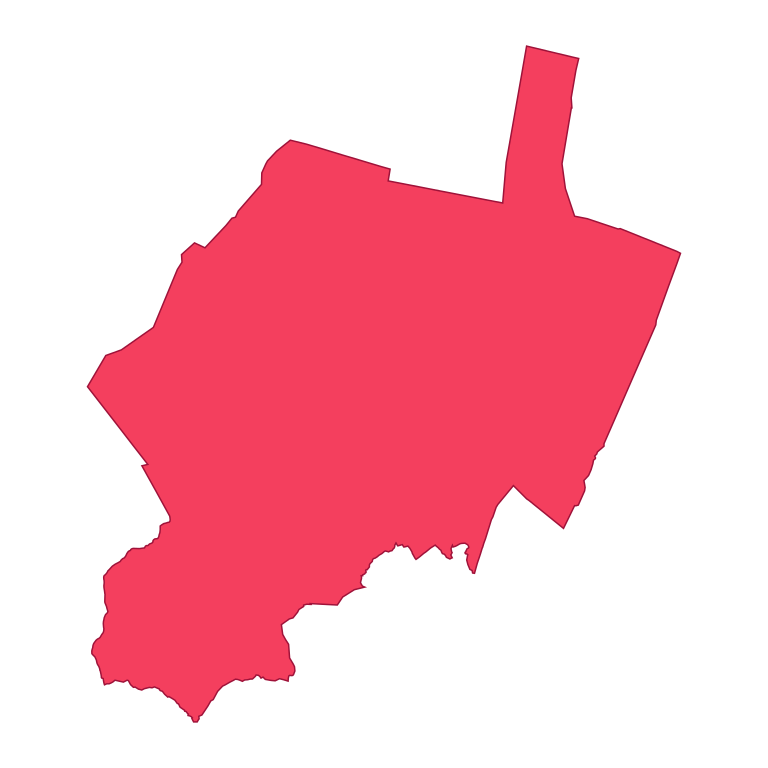 Texcaltitlán, México, Mexico (Robinson projection)
{"feature_id": "50627088B83838982860206", "entity_name": "Texcaltitlán", "entity_type": "district", "adm_level": 2, "iso_a3": "MEX", "parent_name": "Mexico", "parent_adm1": "México", "projection": "robinson", "projection_center": [-99.939, 18.941], "detail": "fine", "context": "isolated", "style": "filled", "palette": "rose", "viewbox_px": 768, "rotation_deg": 0, "n_neighbors": 0, "source": "geoboundaries", "source_scale": "gbopen_adm2", "svg_char_len": 6067}
<svg xmlns="http://www.w3.org/2000/svg" viewBox="0 0 768 768"><path d="M563.5,528.4L574.6,505.6L575.8,505.8L578.3,505.1L584.6,490.9L585.1,487.5L584.6,484.3L583.9,480.5L588.4,475.7L588.8,475.0L591.1,469.7L592.9,463.6L593.5,460.2L594.2,459.6L595.3,458.7L595.5,457.9L595.3,457.3L594.7,456.1L596.8,453.9L597.3,452.1L599.5,450.1L601.5,448.4L604.0,446.2L604.0,443.7L604.6,442.3L606.7,437.5L608.1,434.3L613.1,422.9L618.9,409.6L631.2,381.3L643.5,353.1L655.8,324.9L656.3,320.2L668.3,286.8L677.1,263.0L680.5,253.3L676.9,251.4L663.5,246.0L640.8,236.9L620.2,228.6L618.1,229.0L601.9,223.6L587.3,218.7L574.6,216.2L565.4,188.6L562.0,163.8L566.7,135.7L571.4,107.7L571.9,107.8L571.2,97.8L575.9,70.4L578.7,58.5L571.3,56.8L549.6,51.6L526.6,46.1L521.7,74.3L516.1,106.2L509.2,145.5L508.0,152.2L506.2,162.4L502.7,203.0L488.1,200.2L473.6,197.4L459.0,194.6L444.5,191.8L440.8,191.1L419.8,187.0L402.2,183.6L388.2,180.9L390.1,169.1L381.2,166.6L359.9,160.2L342.1,154.9L324.4,149.5L306.6,144.2L290.3,140.2L276.6,151.2L267.5,160.9L265.8,164.0L261.8,172.9L261.5,184.4L250.5,197.0L238.3,211.0L235.5,217.2L231.9,218.2L225.9,225.6L215.4,236.7L205.0,247.8L194.5,242.9L181.5,254.6L182.0,262.2L177.4,269.4L165.4,298.4L153.4,327.4L137.4,338.6L121.3,349.9L105.8,355.5L95.6,372.9L87.5,386.7L103.9,407.8L118.5,426.6L133.1,445.5L147.8,464.4L141.9,465.8L155.8,490.8L169.7,516.1L170.0,517.8L170.2,519.8L170.1,520.4L169.9,521.4L169.0,522.3L167.9,522.4L166.2,523.0L163.7,523.6L161.8,524.8L161.0,525.4L160.2,526.0L160.2,529.8L159.9,532.6L159.1,535.0L158.8,536.7L157.9,538.3L157.0,538.7L155.8,538.8L154.9,538.9L153.6,539.8L152.9,541.0L153.0,541.8L152.1,542.9L151.2,543.4L150.1,543.7L149.3,544.2L148.6,544.9L147.8,545.6L146.9,545.6L146.3,545.6L145.4,546.2L144.5,547.9L143.0,548.1L140.9,548.4L139.3,548.6L136.3,548.5L133.1,548.4L131.8,548.8L130.8,549.5L130.5,550.3L129.8,550.7L129.3,550.8L128.2,551.6L126.9,553.5L125.8,555.9L124.4,557.8L122.6,558.7L121.1,560.1L120.2,561.5L119.1,562.1L117.9,562.8L116.5,563.5L115.0,564.3L112.3,566.2L109.4,569.4L108.8,570.0L107.8,571.0L107.3,572.2L106.4,573.5L105.0,575.0L104.3,575.4L103.9,576.2L103.7,577.5L103.8,579.1L104.1,580.5L104.2,582.8L104.1,583.8L103.9,585.7L104.0,587.7L104.2,589.0L104.5,590.8L104.8,593.3L105.0,594.3L104.8,601.5L104.9,602.3L105.0,602.8L106.5,606.5L106.9,608.2L107.2,609.2L107.9,611.5L107.4,612.7L106.5,613.7L105.6,614.5L104.8,616.3L104.2,617.8L103.9,619.6L103.5,621.2L103.4,622.2L103.3,623.5L103.4,624.9L103.6,627.3L103.9,628.6L103.8,629.7L103.7,630.8L103.3,632.4L102.5,633.6L101.9,634.3L100.9,636.0L100.1,637.4L99.0,638.3L97.6,639.0L96.2,640.1L94.3,642.6L93.5,644.0L93.0,645.5L92.7,647.7L92.1,649.5L91.8,651.0L91.9,653.7L92.9,654.9L94.9,656.9L95.9,659.0L96.4,660.2L96.7,661.8L97.2,663.7L98.0,665.2L98.8,666.4L99.7,668.8L99.9,670.3L100.3,671.0L101.1,674.8L101.2,675.6L101.3,675.9L101.4,677.5L101.8,678.1L103.2,678.5L103.3,679.5L103.7,681.9L104.1,683.7L104.5,684.8L106.7,683.8L109.1,683.8L111.0,683.0L113.0,681.9L115.0,680.2L123.4,682.1L127.1,680.2L128.4,680.6L130.6,684.7L133.4,687.3L135.2,687.1L137.3,688.4L138.4,689.1L141.8,690.0L144.3,688.7L149.4,687.4L152.0,687.8L154.5,686.9L157.7,688.3L159.3,688.9L159.4,689.6L160.3,690.6L162.4,691.3L164.6,694.2L167.8,697.1L168.9,696.6L171.7,698.2L174.9,700.2L177.3,703.5L178.4,703.8L179.0,704.8L179.9,707.0L180.8,707.7L182.0,708.5L183.1,709.3L184.1,710.0L184.5,710.2L184.7,711.2L186.2,711.6L187.1,712.8L187.5,713.5L188.4,714.1L188.1,714.6L188.0,715.5L189.7,715.9L191.3,716.7L192.3,717.8L191.8,718.2L192.4,719.6L193.6,721.9L197.2,721.9L198.5,719.6L199.1,718.9L198.8,716.3L201.9,715.0L207.9,706.0L210.8,700.9L213.2,699.6L217.6,691.4L222.6,686.1L223.6,685.6L224.9,685.0L229.8,682.2L233.5,680.3L235.4,679.2L237.8,679.5L239.6,680.1L242.4,681.3L244.6,680.0L247.9,679.7L250.1,679.1L252.5,679.0L255.5,676.2L256.1,675.0L258.3,675.3L259.7,676.3L261.0,678.1L263.0,677.1L265.3,679.4L270.9,680.4L275.2,680.8L279.5,678.7L283.5,679.7L288.1,681.1L288.3,678.2L288.8,676.0L289.6,675.4L291.8,675.6L292.8,675.4L293.5,674.6L294.9,671.0L294.5,666.7L293.3,664.2L289.6,658.0L288.6,644.3L285.5,639.5L282.7,634.4L281.4,624.6L289.4,618.9L293.0,617.9L297.5,612.3L298.9,609.5L303.7,606.4L303.6,605.1L306.8,604.2L310.6,604.4L310.9,604.4L310.4,603.6L337.3,605.0L342.7,597.0L354.3,589.7L364.7,587.1L362.4,586.1L360.5,582.8L360.9,580.8L361.5,578.5L361.5,577.1L361.2,575.7L362.7,575.7L362.7,574.8L364.7,573.9L365.3,572.9L365.8,572.7L366.1,572.1L365.9,571.3L365.7,570.7L366.1,569.7L367.2,569.7L369.4,566.9L369.4,564.9L369.9,563.9L370.3,563.3L371.4,562.4L372.1,561.6L372.4,561.1L372.5,559.9L372.7,559.5L373.5,558.6L375.0,558.2L377.1,556.9L379.2,555.1L381.7,553.7L383.2,552.5L384.4,551.4L385.4,551.0L386.6,551.3L387.4,551.5L388.6,551.9L389.5,551.4L390.3,551.0L391.9,550.7L392.4,550.1L393.4,548.7L394.2,548.0L394.7,546.7L394.8,545.3L395.5,543.9L396.0,543.0L396.3,543.5L397.1,544.9L397.8,545.9L402.3,544.6L403.8,547.0L404.7,546.9L406.7,546.4L407.9,546.1L409.8,548.2L411.2,550.6L411.9,551.8L412.3,553.3L415.0,558.2L416.0,559.4L418.0,558.0L419.6,556.8L422.4,554.5L423.8,553.3L425.3,552.3L425.5,552.2L427.1,550.9L429.4,549.0L429.6,548.8L430.9,547.8L435.2,545.1L436.4,546.3L437.5,547.1L438.6,548.1L439.4,549.1L441.0,550.3L441.5,551.9L442.4,553.6L444.5,554.3L445.9,556.2L446.4,557.3L447.6,557.9L449.9,559.0L451.6,558.0L452.2,557.8L450.8,554.9L451.3,554.2L452.1,552.6L451.6,551.7L451.0,548.7L452.4,545.3L453.1,547.0L455.3,546.3L456.8,545.6L459.9,543.8L461.6,543.4L464.6,543.2L465.0,543.2L467.6,544.7L467.8,544.9L468.2,545.6L468.6,546.5L468.8,547.3L468.5,548.0L468.3,548.0L467.7,548.4L467.3,548.6L466.9,549.0L466.7,549.5L466.4,550.2L466.1,550.6L466.0,551.1L465.9,551.6L465.5,552.0L465.2,552.2L465.0,552.7L465.1,553.2L465.3,553.5L465.6,553.8L465.9,553.7L466.6,554.0L467.0,554.1L467.6,554.5L467.8,554.7L467.6,555.3L466.7,560.0L467.9,564.6L469.9,569.4L472.1,570.5L472.6,573.0L474.5,573.3L477.3,563.2L478.8,558.8L480.4,554.0L482.2,548.1L482.7,547.1L483.2,545.3L483.9,543.0L485.5,538.7L491.4,519.6L492.9,516.8L496.2,507.1L497.0,505.9L497.8,504.5L513.4,485.6L526.7,498.9L528.8,500.3L541.9,510.9L563.5,528.4Z" fill="#f43f5e" stroke="#9f1239" stroke-width="1.5"/></svg>